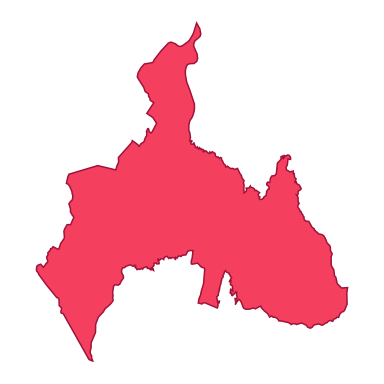 outline of Purificación, Tolima, Colombia
{"feature_id": "7082276B94400039413071", "entity_name": "Purificación", "entity_type": "district", "adm_level": 2, "iso_a3": "COL", "parent_name": "Colombia", "parent_adm1": "Tolima", "projection": "equal_earth", "projection_center": [-74.879, 3.877], "detail": "fine", "context": "isolated", "style": "filled", "palette": "rose", "viewbox_px": 384, "rotation_deg": 0, "n_neighbors": 0, "source": "geoboundaries", "source_scale": "gbopen_adm2", "svg_char_len": 6023}
<svg xmlns="http://www.w3.org/2000/svg" viewBox="0 0 384 384"><path d="M347.1,304.2L346.8,292.7L347.6,287.6L341.6,288.0L337.2,283.6L335.8,277.2L334.5,275.7L333.8,269.8L331.3,265.6L331.1,257.0L332.2,253.8L330.5,250.8L330.3,246.9L329.8,245.7L327.0,242.8L325.7,239.2L323.8,235.8L322.2,234.7L318.5,233.8L317.4,232.4L315.9,231.6L315.4,230.6L314.4,230.3L314.3,228.9L312.1,227.3L308.9,221.5L305.5,220.9L304.1,219.4L303.9,216.7L302.8,215.6L302.7,214.5L301.6,213.5L301.0,211.6L300.2,211.6L299.9,210.1L297.7,206.9L298.0,205.4L299.2,203.2L298.2,202.3L298.0,197.1L296.5,194.9L297.5,195.2L298.2,193.6L298.0,191.4L300.3,189.9L301.1,189.0L301.0,188.1L299.3,185.1L296.5,183.5L296.3,181.9L294.9,182.2L296.1,178.9L294.7,177.6L294.1,173.5L293.3,173.7L293.2,171.0L290.1,171.9L286.4,169.8L286.1,167.0L287.3,165.2L288.0,159.0L290.6,159.4L290.5,157.1L289.1,155.3L287.5,155.0L285.6,156.2L284.7,155.6L284.2,157.7L283.2,158.6L282.7,158.1L283.0,155.8L281.0,156.7L281.0,159.3L277.4,163.1L276.3,173.7L274.8,175.5L271.8,176.0L270.3,178.5L270.0,182.1L269.5,182.5L267.7,182.1L266.8,183.3L266.7,184.8L268.9,186.7L269.3,187.8L269.2,188.8L268.4,188.8L266.6,191.4L266.2,195.4L264.2,196.7L262.5,199.1L260.8,199.6L259.1,198.4L259.9,197.0L259.2,196.9L258.3,195.1L258.3,194.1L259.6,192.7L256.2,190.3L254.9,190.6L254.6,189.3L253.6,188.2L250.6,187.0L250.3,186.0L248.8,188.0L246.2,188.1L246.6,189.4L246.2,191.3L244.0,192.8L243.8,188.0L244.1,185.2L243.4,182.6L244.1,180.8L242.0,177.9L241.3,175.2L239.9,173.4L237.5,168.4L234.7,169.4L232.9,168.4L230.5,168.5L227.4,166.2L225.8,167.0L225.2,164.9L223.6,163.7L222.5,160.9L221.6,159.7L221.5,158.0L220.7,157.5L219.2,158.3L218.1,156.9L217.0,157.2L215.5,156.0L215.1,153.4L212.2,151.7L211.0,153.1L209.8,151.9L209.4,153.2L208.5,153.4L205.9,150.8L203.4,151.9L203.1,151.1L204.0,150.5L202.8,149.3L201.5,149.6L200.9,148.6L200.2,149.2L199.5,147.7L198.3,148.9L197.3,146.8L196.3,147.7L195.5,147.3L194.0,143.0L193.6,143.0L193.0,144.3L191.0,144.0L190.8,142.9L192.0,141.1L191.7,140.6L190.1,141.4L189.6,140.9L190.5,137.6L189.8,132.7L188.8,130.2L188.9,124.9L189.8,120.9L192.4,116.8L194.0,111.9L194.5,108.6L194.4,104.0L189.7,89.8L186.8,82.4L185.5,75.4L185.3,71.3L186.0,67.4L187.4,64.6L189.7,63.7L194.1,63.5L196.8,61.3L197.6,58.5L197.2,54.3L193.8,46.5L193.7,43.9L194.9,40.9L199.0,37.4L200.2,36.1L200.8,34.0L199.8,28.8L196.6,23.0L193.7,32.5L192.4,35.3L189.6,40.0L187.6,42.0L182.3,45.8L179.9,46.5L178.2,46.0L175.5,43.8L170.9,42.1L168.3,43.1L160.8,51.2L154.3,59.6L152.9,62.5L144.3,64.0L140.8,68.0L138.2,72.6L137.3,76.6L137.6,77.7L143.8,87.5L145.2,91.6L148.6,94.0L148.5,96.0L149.9,98.5L150.2,100.3L153.8,102.7L146.8,113.4L152.9,117.6L156.6,123.3L152.0,132.1L151.0,133.0L149.3,131.7L148.5,128.6L147.6,128.8L146.4,131.7L146.8,133.1L146.6,136.0L145.5,137.3L143.8,142.0L141.0,143.6L139.1,146.3L137.5,144.4L132.3,140.6L131.8,142.5L118.4,157.5L118.6,162.2L117.0,165.7L115.8,169.9L97.7,165.6L69.0,174.2L67.9,176.6L66.4,183.5L68.2,184.2L69.9,186.7L72.0,191.8L72.2,194.0L72.8,195.2L72.6,198.5L71.8,200.6L70.8,201.1L68.9,203.8L70.5,208.9L70.4,211.8L72.6,215.7L73.6,216.5L73.7,217.6L70.6,224.7L67.1,224.6L64.5,229.3L63.9,231.3L64.4,236.8L64.1,238.6L60.7,243.4L58.9,248.9L57.9,249.2L53.0,246.7L51.8,248.4L50.6,248.7L50.1,250.3L47.9,252.7L48.0,254.7L46.7,256.9L47.0,259.2L47.8,260.7L47.4,262.5L46.3,263.2L43.5,267.3L40.7,264.2L37.5,265.4L36.7,266.7L36.4,269.6L36.7,271.1L38.4,273.2L38.8,274.5L46.5,285.0L56.8,297.6L57.8,297.6L59.0,299.3L59.2,305.6L61.6,308.1L60.8,312.2L61.2,313.0L63.3,313.8L89.0,359.5L92.3,361.0L92.9,361.0L91.7,358.3L91.6,355.8L90.3,353.5L90.2,351.1L91.1,347.7L91.1,342.9L95.5,332.4L95.7,324.1L98.4,317.1L103.3,311.9L105.0,308.9L110.1,304.5L112.8,301.2L113.1,300.1L112.7,297.5L113.1,295.8L112.6,292.7L113.6,286.2L115.0,284.7L117.9,285.2L119.7,284.3L121.2,281.2L123.4,278.2L123.5,276.4L121.5,272.1L121.8,269.5L122.7,267.8L124.3,267.7L126.4,266.1L130.5,264.8L132.7,266.2L133.8,266.2L134.7,265.2L134.9,266.0L135.8,266.3L135.2,267.6L136.5,268.4L136.9,269.6L139.2,269.0L139.9,269.4L141.3,268.4L142.6,269.2L143.6,267.7L146.9,266.7L147.4,267.2L147.3,268.4L148.6,268.3L150.9,269.9L151.3,269.8L151.1,268.7L153.5,270.4L153.2,268.9L152.1,267.4L154.0,265.6L154.0,263.4L155.8,262.9L157.0,264.0L159.1,263.7L159.1,262.6L157.8,259.7L158.1,259.1L159.3,260.4L161.0,258.9L162.9,258.7L163.7,259.5L164.1,258.0L165.3,256.8L167.1,256.3L168.7,258.5L170.1,257.6L170.8,258.4L172.1,257.6L174.0,257.7L174.7,258.1L175.5,260.0L175.7,257.4L177.0,258.1L178.7,255.9L181.1,256.5L182.1,255.3L185.9,254.9L187.6,251.4L189.9,250.5L193.0,250.7L192.1,258.5L191.3,260.8L191.3,263.8L192.0,264.2L197.8,263.2L201.1,266.9L204.3,268.1L204.7,269.2L203.6,283.5L201.0,292.3L200.7,294.6L199.1,298.4L198.2,303.0L201.9,304.0L203.6,302.8L204.9,302.8L217.3,308.0L218.0,306.0L218.0,303.8L219.0,303.0L219.5,301.1L219.1,301.0L218.6,302.6L217.6,302.3L216.7,296.7L218.3,295.4L218.5,292.9L219.6,289.6L219.1,288.9L219.9,287.9L219.7,287.1L221.1,282.9L220.9,282.0L221.5,280.8L221.8,278.6L223.1,277.0L223.1,275.1L224.0,273.7L224.4,271.8L225.5,270.6L226.3,272.0L229.2,273.3L229.2,274.3L230.2,275.2L230.4,276.4L231.6,277.3L229.4,281.5L229.9,281.9L231.1,279.7L230.4,284.2L230.5,284.8L232.3,285.7L232.8,290.9L231.3,290.4L230.7,288.6L230.2,293.1L230.9,293.6L231.6,293.3L231.8,295.5L232.3,295.7L234.7,293.5L235.8,291.8L236.4,291.9L236.7,292.7L236.5,295.0L237.3,297.2L236.5,298.4L235.0,298.5L235.7,302.4L235.3,304.7L237.0,301.5L237.2,300.1L237.8,300.8L238.7,299.4L239.8,300.0L241.3,302.3L243.4,307.9L245.4,309.2L249.6,309.2L252.9,308.0L255.4,308.8L260.6,306.0L261.4,307.8L264.4,311.0L267.9,313.8L269.6,317.1L271.8,316.0L273.1,317.2L275.3,317.3L277.3,318.5L279.0,321.0L281.4,321.0L288.0,322.5L290.1,323.5L291.1,324.6L292.4,323.8L295.5,323.8L296.3,324.5L301.6,323.0L306.2,325.2L307.7,327.2L310.4,328.2L312.2,327.2L313.8,325.1L316.8,324.3L319.0,323.9L321.5,325.2L323.5,324.7L325.6,323.0L326.9,322.8L328.5,321.1L330.9,320.3L331.7,321.2L332.7,321.3L334.0,319.0L335.8,318.5L336.8,317.2L338.6,317.4L339.8,314.1L341.7,312.1L343.4,311.6L344.6,310.2L347.1,304.2Z" fill="#f43f5e" stroke="#9f1239" stroke-width="1.5"/></svg>